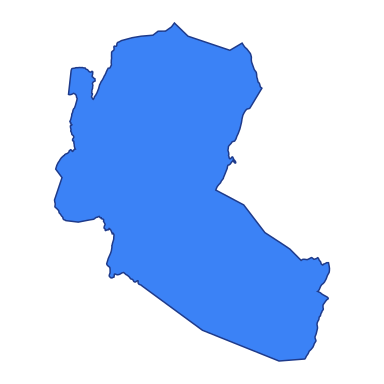 outline of Manto, Olancho, Honduras
{"feature_id": "27666195B56288500543759", "entity_name": "Manto", "entity_type": "district", "adm_level": 2, "iso_a3": "HND", "parent_name": "Honduras", "parent_adm1": "Olancho", "projection": "equal_earth", "projection_center": [-86.423, 14.876], "detail": "fine", "context": "isolated", "style": "filled", "palette": "blue", "viewbox_px": 384, "rotation_deg": 0, "n_neighbors": 0, "source": "geoboundaries", "source_scale": "gbopen_adm2", "svg_char_len": 5818}
<svg xmlns="http://www.w3.org/2000/svg" viewBox="0 0 384 384"><path d="M304.8,359.0L305.6,357.9L306.3,356.3L308.1,353.7L309.2,351.2L311.1,349.4L312.9,347.2L313.9,344.9L314.2,343.8L315.9,341.1L315.9,340.3L315.1,338.2L315.0,336.8L316.2,333.8L317.5,328.3L317.5,327.1L317.0,324.5L317.1,323.5L317.3,322.6L317.9,321.2L318.8,319.7L319.2,317.1L319.7,316.5L320.4,315.9L321.0,313.4L321.6,312.6L322.1,311.1L323.2,309.6L323.3,308.9L323.0,307.4L323.0,305.3L323.3,304.5L326.0,300.7L327.0,299.6L327.9,299.1L328.2,298.6L328.2,298.2L327.9,297.7L327.1,297.0L323.3,294.9L322.0,294.1L320.3,292.7L317.7,291.4L318.1,291.2L319.2,289.7L320.6,286.4L321.0,285.7L321.8,284.6L323.3,283.4L324.5,282.0L326.2,278.9L327.4,275.5L329.1,272.5L329.4,270.9L329.5,268.5L329.2,266.3L328.5,262.7L326.7,262.7L324.7,263.8L323.5,264.1L323.3,264.3L323.2,264.7L322.9,264.9L322.6,265.0L322.1,264.7L321.1,263.8L320.7,262.0L319.2,260.1L318.3,258.1L317.6,257.7L316.4,258.6L314.0,259.3L312.2,257.9L311.7,257.6L311.3,257.6L308.9,258.9L307.4,259.6L306.6,259.6L304.8,259.3L303.0,259.3L302.4,259.5L301.1,260.4L289.9,249.1L284.0,245.1L264.9,232.6L243.7,204.9L215.8,190.1L216.5,188.2L217.3,186.5L218.7,184.7L220.5,182.8L221.3,181.1L223.3,178.5L223.6,177.2L224.2,175.9L227.2,168.4L227.5,166.5L227.9,165.3L228.3,165.1L229.1,164.9L230.3,164.0L230.8,163.3L231.8,161.8L232.3,161.5L233.0,160.3L233.3,160.6L233.8,161.8L234.5,162.7L235.2,163.1L235.7,162.8L235.7,162.3L235.5,161.6L234.8,160.6L234.0,159.8L233.2,158.2L232.9,157.4L232.6,157.0L232.3,156.9L232.0,157.0L230.7,158.4L230.2,158.7L229.7,158.7L229.3,158.2L229.1,157.5L228.8,156.1L228.5,155.2L228.8,154.5L228.7,152.9L227.9,150.2L228.3,148.3L228.4,146.6L229.2,145.4L231.1,143.4L232.0,142.0L233.0,141.5L234.6,141.1L235.9,139.1L236.9,136.2L238.2,133.5L239.9,128.9L241.5,122.3L242.0,119.0L242.9,115.2L243.9,113.2L244.8,111.6L245.7,110.3L246.7,109.3L247.5,108.9L249.1,108.6L249.9,108.1L261.9,88.2L261.7,87.9L260.9,87.4L260.4,86.9L260.2,86.3L259.6,83.9L258.8,82.5L258.2,82.2L258.0,81.7L257.3,78.5L257.0,77.8L256.8,77.0L256.6,74.2L256.3,72.5L255.8,71.6L254.9,70.5L254.2,69.4L251.6,62.1L251.3,59.8L251.4,57.1L250.6,54.1L250.2,53.3L246.9,49.0L245.2,47.5L244.6,46.9L243.3,45.0L242.1,43.1L229.9,50.3L188.0,36.2L174.4,23.0L171.5,26.9L165.5,31.1L158.1,31.2L152.9,35.2L141.1,36.2L132.2,37.7L121.4,40.6L119.5,41.7L117.6,42.5L117.2,43.1L116.9,43.8L116.7,45.7L116.5,46.0L116.0,46.3L114.5,46.1L114.0,46.4L113.9,47.1L114.1,49.1L114.0,49.7L113.6,50.3L112.0,51.6L111.6,52.3L111.5,56.2L111.6,58.3L111.3,60.2L111.3,61.4L111.2,62.3L111.4,64.6L111.4,65.2L110.6,66.4L110.4,67.2L110.0,67.8L109.5,68.1L108.2,68.2L107.4,69.6L106.2,72.1L106.0,72.9L105.6,73.6L105.1,74.8L104.4,75.8L103.4,78.0L102.2,80.2L101.1,81.7L100.2,83.8L99.7,84.5L98.6,88.6L97.0,92.7L95.6,95.3L94.4,96.8L94.2,97.9L93.6,98.6L93.5,99.1L93.2,99.4L92.9,99.2L91.7,97.2L91.5,96.8L91.6,96.5L92.1,95.1L92.5,94.0L92.3,93.6L91.7,93.2L91.7,92.8L91.9,91.9L91.9,90.3L92.6,88.3L92.6,86.8L92.9,85.4L92.4,83.4L92.8,82.6L93.5,81.8L94.3,81.4L94.8,81.2L95.1,81.0L95.1,80.7L94.9,78.7L93.9,78.3L93.2,77.4L92.4,76.9L92.2,76.5L92.2,75.8L92.6,74.3L92.8,72.1L92.7,71.8L92.0,71.3L91.3,72.0L91.0,72.0L90.5,72.1L89.2,71.7L87.5,69.7L86.4,69.3L85.7,68.9L85.2,68.0L83.5,67.9L82.2,67.5L81.1,67.6L79.4,67.5L77.8,67.7L75.9,67.7L74.9,68.1L72.2,68.5L71.8,68.8L71.4,69.6L71.1,70.8L68.5,94.4L68.9,94.6L69.7,94.7L70.6,94.6L71.7,94.3L73.6,93.3L73.9,93.4L75.4,94.3L75.8,94.8L76.3,95.7L76.6,97.5L77.2,98.4L76.8,100.4L75.3,105.8L74.4,108.1L73.6,108.9L73.0,110.3L72.6,112.4L71.8,114.1L71.7,115.8L70.7,119.7L69.9,121.4L70.3,121.8L70.3,122.7L70.9,122.9L70.9,124.0L71.3,124.2L71.9,124.8L71.4,125.4L70.5,125.7L70.4,126.1L70.4,126.8L70.7,128.4L71.0,129.2L70.8,130.2L70.8,131.3L70.9,131.6L71.2,132.0L71.5,132.5L71.9,134.5L73.3,135.7L73.5,136.1L73.7,136.6L73.8,137.2L73.6,137.7L72.6,139.2L72.6,140.7L72.7,140.8L73.3,140.9L73.7,141.2L73.8,141.5L73.9,143.2L74.2,144.4L74.3,146.2L74.9,148.4L75.3,149.1L74.4,149.3L73.9,150.0L73.3,150.3L73.0,151.1L72.7,151.4L72.1,151.1L71.0,149.8L70.6,149.7L69.2,150.9L69.1,151.5L68.6,152.4L67.4,153.4L65.5,154.1L64.7,154.7L64.2,155.5L63.6,155.7L62.4,156.9L61.6,157.5L60.2,159.4L59.5,160.7L58.1,162.7L56.8,165.4L55.7,169.1L62.0,177.6L54.5,200.0L54.8,202.1L55.1,203.0L55.2,203.9L55.2,204.5L54.9,206.7L55.3,207.4L56.4,208.2L58.5,210.4L58.8,211.0L59.0,212.2L59.2,212.9L60.4,214.1L61.5,215.9L62.7,217.1L62.9,217.5L62.9,218.0L63.2,219.0L63.9,219.7L65.1,220.1L65.8,220.6L78.3,222.1L89.1,220.0L93.4,219.3L94.1,219.0L96.0,217.5L97.7,217.1L98.1,216.8L98.8,216.6L99.1,216.4L100.1,217.6L101.2,217.7L101.2,218.6L101.3,218.7L102.7,219.0L103.5,219.5L103.7,220.0L103.5,221.3L104.5,223.0L105.1,224.3L105.0,224.8L104.3,226.2L104.0,227.9L104.2,228.2L105.3,229.3L105.4,229.6L105.2,230.1L105.3,230.4L105.7,230.6L107.1,229.8L108.0,230.0L108.3,229.7L108.4,229.3L109.1,229.0L109.2,228.9L109.2,228.5L109.4,228.5L109.5,228.6L109.6,229.0L109.7,229.4L109.9,229.5L110.2,229.4L110.8,230.1L111.9,232.7L112.3,233.9L112.5,233.8L112.6,233.0L112.8,233.0L113.6,233.9L114.0,235.1L113.8,236.9L113.7,239.1L113.5,240.0L112.4,243.6L112.2,244.9L111.9,245.3L111.9,247.5L111.3,251.0L110.5,253.4L108.3,258.4L106.7,263.7L106.8,264.3L107.3,265.2L108.1,266.0L109.6,267.2L109.9,267.8L110.1,269.5L110.1,272.4L110.0,273.1L109.3,275.0L109.2,275.9L109.3,276.2L109.7,276.7L110.3,277.4L111.0,277.9L112.0,277.9L112.5,277.7L113.1,277.3L113.9,277.2L114.0,276.9L114.2,275.7L114.3,274.3L114.6,274.1L115.1,274.0L116.5,274.6L117.6,274.8L118.2,274.7L119.7,274.3L122.0,272.9L123.6,272.5L124.5,273.2L125.9,274.5L127.4,275.3L129.0,276.7L129.5,277.2L130.3,278.4L130.6,278.8L131.1,279.0L131.9,279.2L132.6,279.5L133.4,280.6L133.7,281.4L134.0,281.6L134.8,282.0L135.5,282.0L137.1,280.9L137.6,280.7L138.0,280.8L138.1,281.0L138.1,282.9L138.5,283.6L138.9,284.2L141.3,285.2L142.0,285.9L202.5,330.3L279.0,361.0L304.8,359.0Z" fill="#3b82f6" stroke="#1e3a8a" stroke-width="1.5"/></svg>